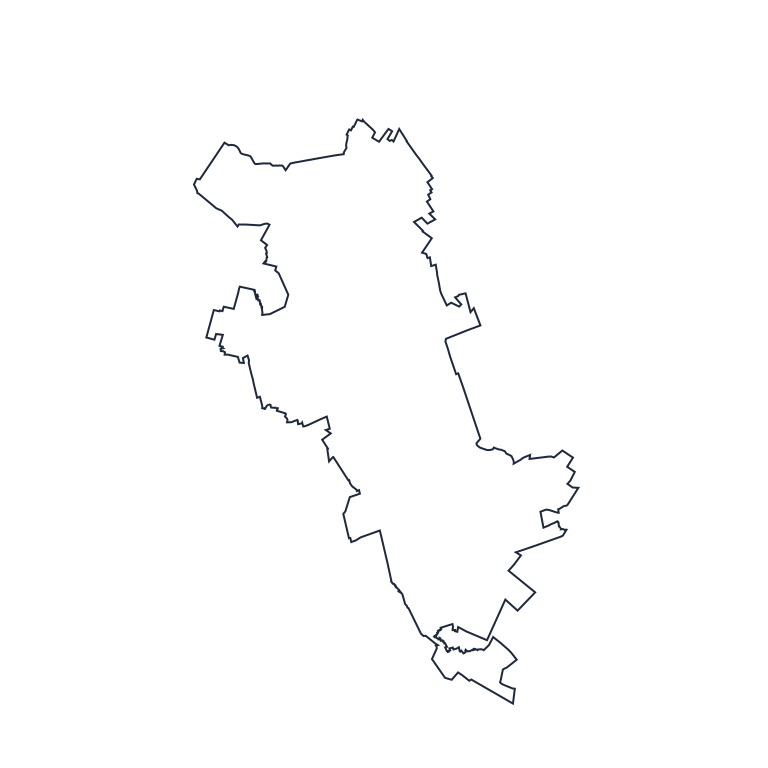 the district of Salto de Agua, Chiapas, Mexico, rotated 27°
{"feature_id": "50627088B63649052199970", "entity_name": "Salto de Agua", "entity_type": "district", "adm_level": 2, "iso_a3": "MEX", "parent_name": "Mexico", "parent_adm1": "Chiapas", "projection": "natural_earth1", "projection_center": [-92.162, 17.435], "detail": "fine", "context": "isolated", "style": "outline", "palette": "slate", "viewbox_px": 768, "rotation_deg": 27, "n_neighbors": 0, "source": "geoboundaries", "source_scale": "gbopen_adm2", "svg_char_len": 6153}
<svg xmlns="http://www.w3.org/2000/svg" viewBox="0 0 768 768"><g transform="rotate(27 384 384)"><path d="M622.2,580.8L627.4,569.4L619.4,565.7L615.7,564.4L605.5,561.8L596.1,559.9L596.1,568.9L593.7,575.9L592.9,575.8L591.0,576.2L588.1,578.0L588.1,578.7L585.1,578.7L584.7,579.4L584.1,579.4L583.9,580.3L584.6,580.3L584.0,580.9L583.5,580.6L581.8,583.1L579.6,584.3L577.4,583.7L577.5,584.6L578.4,586.0L577.2,587.9L573.9,586.5L573.5,587.8L572.9,587.8L570.2,584.6L568.8,586.8L566.4,589.0L564.9,587.6L562.4,589.9L563.9,591.3L562.6,592.5L563.2,593.1L562.6,593.7L562.0,593.0L561.3,593.5L558.1,590.9L559.4,589.6L556.0,587.2L555.5,587.7L553.9,586.2L553.3,586.8L552.4,585.9L551.1,587.0L550.5,586.4L550.3,585.7L549.7,585.0L549.3,585.0L549.9,585.7L549.2,586.4L548.8,586.2L548.3,586.8L547.6,586.2L546.4,586.5L544.8,586.0L544.2,586.6L543.8,586.5L544.4,585.9L543.8,585.6L544.4,585.1L544.1,584.9L544.7,584.3L544.3,584.0L545.0,582.3L544.4,581.7L545.0,581.2L544.5,580.4L544.8,580.1L544.2,579.5L545.4,578.3L544.9,578.1L545.3,577.5L545.8,577.8L546.2,576.9L546.0,576.6L546.2,576.2L545.2,575.4L554.0,566.8L555.7,568.9L556.4,571.3L556.9,572.1L559.0,570.9L559.4,572.0L561.8,571.5L560.4,566.9L569.7,567.1L592.1,565.5L590.0,521.0L605.9,525.3L613.3,501.0L579.7,493.8L581.8,486.2L583.8,474.6L577.9,474.1L592.5,459.1L610.8,439.8L612.2,437.9L612.7,431.7L612.0,432.3L611.4,432.1L611.5,431.7L611.0,432.0L609.4,432.0L609.0,432.3L608.6,432.3L607.9,432.9L607.9,432.6L607.3,432.6L605.8,431.8L604.6,431.5L604.5,430.9L603.5,430.2L603.0,429.0L602.3,428.2L601.8,427.8L601.3,428.2L600.6,427.8L598.7,430.6L596.6,432.9L595.1,435.2L591.3,439.6L581.4,426.8L584.7,423.1L586.1,422.0L588.9,421.2L596.0,420.1L598.1,419.4L596.1,416.5L597.1,415.5L599.6,411.2L601.9,409.4L602.4,408.4L604.3,388.3L599.0,390.6L592.8,389.7L593.9,385.6L593.9,375.7L584.8,374.6L585.8,363.8L573.1,362.3L568.8,372.3L565.9,372.7L563.7,373.9L547.7,384.7L546.4,380.9L542.0,385.9L540.7,388.0L540.4,389.0L535.7,396.1L535.2,394.7L533.5,392.8L530.3,390.4L527.7,390.3L524.7,390.5L522.5,389.2L521.6,389.1L517.8,389.5L516.7,390.0L512.5,390.7L510.8,390.7L510.6,392.8L508.0,395.0L505.7,396.1L498.5,397.1L495.9,396.7L494.4,396.2L493.3,394.9L494.7,389.0L456.2,351.2L445.3,340.8L443.8,342.5L430.4,329.5L425.0,323.7L419.4,318.2L418.7,315.6L433.6,298.6L443.3,288.0L429.6,275.7L428.5,280.7L415.5,266.2L410.3,270.5L410.2,271.9L408.0,274.5L416.7,278.0L415.8,280.9L406.9,281.1L404.3,285.5L393.9,277.5L391.5,275.1L386.9,268.9L381.8,262.6L380.8,260.8L375.9,254.2L372.5,257.5L367.4,250.3L365.7,252.0L364.6,251.2L364.0,250.3L362.5,248.9L358.3,249.7L360.4,232.4L349.2,230.6L349.3,229.9L337.2,226.0L342.1,218.7L349.9,221.4L354.9,214.1L347.0,211.6L349.7,207.8L339.4,202.0L341.4,198.3L337.4,195.2L339.4,191.7L337.2,190.4L338.4,188.6L331.1,184.5L334.0,178.3L331.6,177.3L331.7,176.7L316.8,169.3L313.0,167.2L309.0,165.4L293.9,157.5L294.0,157.1L281.8,149.9L282.4,163.6L280.2,163.0L278.7,164.8L275.9,164.2L276.5,155.1L272.2,154.7L269.6,170.4L261.7,169.9L261.8,163.9L258.8,162.5L247.6,159.4L245.1,158.3L245.2,160.0L240.3,160.4L240.2,160.7L240.3,168.6L239.4,168.8L239.4,173.0L237.4,173.0L237.5,178.8L239.0,179.1L239.1,179.9L240.2,182.5L241.3,187.1L242.1,188.9L243.4,190.6L243.1,195.8L243.8,197.5L236.2,202.8L224.6,211.5L204.2,227.0L200.4,230.1L199.3,238.2L195.4,235.9L194.0,235.6L185.7,240.0L183.2,239.5L182.7,239.1L176.4,242.2L170.1,246.2L169.3,246.4L168.1,246.0L162.1,242.0L161.3,241.8L159.2,242.0L153.8,243.3L152.4,243.4L151.4,243.2L147.6,240.3L145.4,239.5L144.3,239.3L141.9,239.3L138.9,240.5L137.2,241.8L132.3,241.4L127.0,285.3L124.0,286.2L124.1,292.5L129.5,296.6L131.1,298.7L132.5,298.5L154.9,303.6L160.7,303.2L169.8,305.7L174.1,306.6L182.0,310.2L182.2,307.8L188.4,304.7L201.4,299.0L204.9,295.5L206.9,294.2L207.8,294.0L209.7,294.1L209.1,311.8L216.7,313.2L216.3,316.6L219.2,319.1L220.1,320.6L219.7,320.9L219.9,321.6L222.4,324.0L222.1,324.7L223.3,328.0L222.7,328.3L223.1,329.4L222.5,329.9L222.2,329.7L221.9,331.3L234.7,328.2L235.5,332.2L240.0,333.2L258.2,347.9L260.5,360.3L250.6,373.5L244.1,377.8L243.3,375.6L241.9,373.7L240.5,370.9L240.1,371.4L238.1,368.8L237.5,369.3L236.4,367.7L236.6,367.5L235.0,365.8L234.0,366.6L232.6,365.0L231.8,366.1L230.7,364.9L232.0,363.2L230.7,361.9L229.5,363.6L228.7,362.7L229.0,362.5L226.1,360.1L226.8,359.9L226.0,358.9L211.4,362.7L211.5,364.5L212.7,369.0L216.0,385.3L206.1,387.9L207.0,392.4L204.4,393.0L204.5,393.9L198.8,395.4L204.6,423.2L212.8,421.5L211.7,415.7L218.1,413.4L220.1,424.7L223.4,424.0L223.5,424.3L223.0,424.7L223.1,425.2L224.3,425.3L222.4,426.7L223.7,428.7L225.8,427.8L227.9,427.9L228.7,430.2L231.3,428.8L241.5,426.2L245.6,430.5L249.6,428.9L246.5,424.9L249.5,420.6L253.0,424.2L254.0,426.8L261.2,435.2L265.8,440.2L266.8,441.7L277.2,453.9L279.2,451.7L285.4,458.7L286.5,460.9L287.9,460.4L288.2,460.0L288.9,460.5L289.1,460.4L289.3,460.0L289.4,457.2L289.7,456.2L290.5,455.0L291.5,454.2L292.5,454.2L293.1,455.2L294.1,456.2L297.3,454.9L298.0,454.3L299.3,454.6L300.0,453.9L300.4,453.8L300.7,456.5L309.4,454.9L309.8,455.4L310.3,455.4L310.5,457.9L313.1,458.8L314.0,459.5L314.5,460.1L315.0,462.2L318.8,460.1L322.1,456.4L322.5,456.2L323.0,455.4L323.6,455.6L325.7,458.8L328.6,456.4L328.6,455.6L331.3,458.5L332.9,457.3L335.4,454.5L344.1,443.4L347.8,439.0L356.0,448.5L353.1,451.4L359.0,452.2L354.2,461.7L363.5,467.1L363.0,467.7L370.2,477.9L371.6,472.5L372.0,472.1L396.1,486.1L396.7,485.5L398.9,488.0L402.2,489.7L407.4,490.6L408.4,491.7L409.9,489.9L412.3,492.7L404.9,500.3L407.4,515.1L406.7,518.2L422.8,537.3L423.9,536.5L426.6,539.7L429.8,536.3L432.8,531.3L446.8,516.4L468.2,541.7L480.5,556.8L480.4,556.9L482.1,557.8L482.2,557.6L482.7,557.9L483.7,557.6L486.1,559.2L486.1,558.6L487.6,559.6L490.9,560.7L490.8,561.7L491.8,561.5L491.9,562.1L492.4,562.0L492.5,561.7L493.2,562.0L492.9,562.3L493.9,562.4L493.8,562.1L495.7,562.9L502.9,570.6L505.3,571.4L505.9,572.2L506.6,572.6L507.6,572.6L530.3,589.7L533.6,590.6L535.5,589.4L547.2,591.9L550.5,592.2L549.1,593.5L550.0,593.9L551.1,595.8L551.6,607.3L571.8,618.1L578.6,616.8L580.9,607.4L585.7,607.9L594.7,609.7L595.9,607.7L644.0,610.2L638.9,596.1L636.8,596.9L627.8,597.7L624.6,597.7L622.9,597.2L622.3,594.4L619.6,584.6L620.1,583.5L622.2,580.8Z" fill="none" stroke="#1e293b" stroke-width="2"/></g></svg>